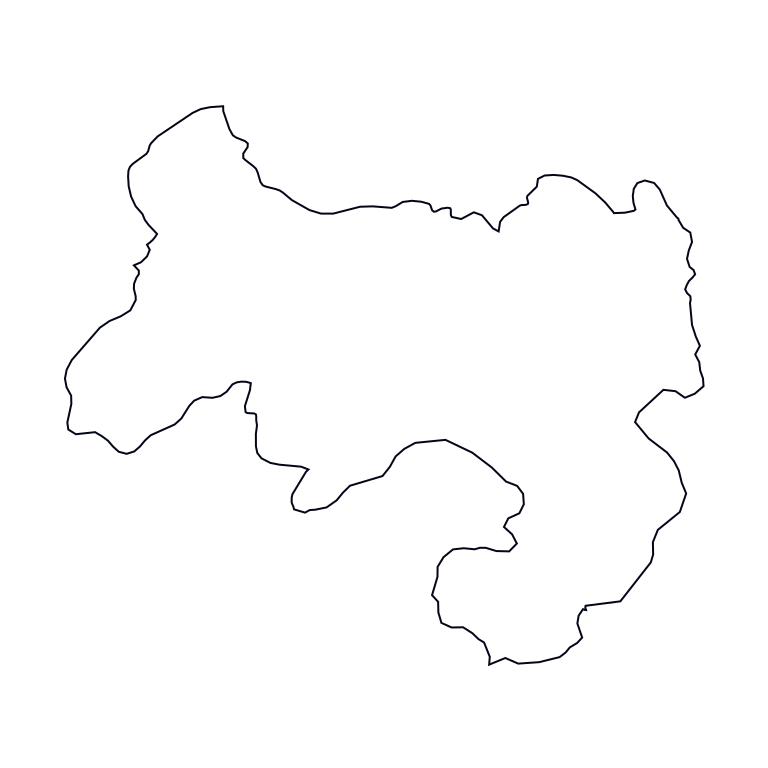 Champasak, Natural Earth projection, rotated 86°
{"feature_id": "LAO-3280", "entity_name": "Champasak", "entity_type": "Province", "adm_level": 1, "iso_a3": "LAO", "parent_name": "Laos", "parent_adm1": "", "projection": "natural_earth1", "projection_center": [105.911, 14.688], "detail": "fine", "context": "isolated", "style": "outline", "palette": "ink", "viewbox_px": 768, "rotation_deg": 86, "n_neighbors": 0, "source": "natural_earth", "source_scale": "10m", "svg_char_len": 3474}
<svg xmlns="http://www.w3.org/2000/svg" viewBox="0 0 768 768"><g transform="rotate(86 384 384)"><path d="M213.9,122.7L206.7,121.2L201.2,117.2L199.2,109.6L202.3,100.5L209.3,95.3L225.7,89.3L238.2,80.3L239.6,78.8L240.8,78.8L249.0,74.7L254.3,67.9L263.8,66.8L272.2,70.7L280.4,73.0L288.6,70.9L292.0,67.2L296.3,66.0L299.4,68.9L302.5,72.6L306.5,75.1L310.6,77.0L314.5,75.3L317.8,72.3L321.4,72.2L324.5,73.1L346.6,72.6L358.6,69.6L367.9,66.2L376.3,71.5L384.2,68.0L392.8,67.6L400.7,65.4L408.5,65.4L415.4,74.7L418.7,84.8L411.5,93.7L409.3,105.7L430.1,131.6L439.5,136.2L456.8,123.8L472.1,106.4L481.2,100.1L490.8,96.0L503.2,93.9L514.3,90.2L532.3,97.8L548.6,121.0L560.5,126.8L572.9,127.4L580.6,130.3L617.3,163.4L619.3,198.4L621.3,198.8L623.6,198.2L623.3,199.8L622.5,201.2L628.7,206.0L636.4,207.8L650.8,204.0L655.9,209.5L659.7,217.0L664.5,221.5L668.7,227.9L672.3,248.6L672.3,269.6L665.8,282.1L671.3,298.7L663.5,297.5L648.9,302.2L645.1,307.5L638.8,313.2L632.2,322.1L631.6,333.6L626.3,343.4L615.7,345.7L605.1,345.2L598.0,350.8L580.1,344.1L570.2,343.3L560.9,336.7L553.8,326.7L553.4,316.0L555.2,305.0L554.1,299.9L554.5,294.0L558.5,283.5L559.7,270.8L552.4,262.6L542.9,266.7L535.0,274.3L526.7,269.4L522.4,258.0L513.7,252.9L503.3,252.9L494.9,258.3L489.9,269.0L474.8,282.3L458.6,300.8L444.0,326.6L444.9,356.9L450.1,368.2L457.1,377.5L467.0,383.9L475.7,391.9L483.1,425.0L489.5,432.5L496.8,439.4L503.1,449.9L504.6,461.4L504.6,466.9L506.8,471.8L502.8,482.4L502.7,482.5L500.4,482.9L495.7,484.4L490.9,484.0L487.5,483.0L466.1,467.9L464.0,465.4L460.7,472.4L457.2,493.9L454.8,502.8L449.6,511.4L444.0,515.2L437.3,516.1L424.9,515.3L416.5,513.6L411.0,514.0L407.2,513.7L405.4,513.9L404.3,515.6L403.5,522.1L402.5,524.0L396.4,524.3L380.9,518.2L373.8,516.8L372.2,521.3L371.7,526.1L372.1,530.8L373.8,535.2L380.7,541.5L384.6,548.1L385.8,556.0L384.4,566.3L387.4,574.6L392.3,579.8L404.3,588.6L409.8,595.7L418.8,620.2L423.6,626.3L429.3,631.8L433.9,637.9L435.7,645.6L433.1,653.3L427.6,658.6L421.2,663.4L416.2,669.3L411.9,675.6L412.6,694.9L407.4,702.1L400.4,702.6L382.1,697.3L373.8,696.9L365.1,700.9L356.4,701.9L347.7,699.6L346.2,698.7L338.3,693.8L308.0,663.5L302.0,653.4L298.1,641.9L292.8,631.9L282.9,625.8L279.1,625.6L271.6,626.9L266.5,626.3L260.8,623.6L257.3,620.9L253.7,620.7L248.2,625.2L245.6,617.9L240.2,611.5L233.8,608.3L228.5,610.7L226.4,607.5L224.1,604.6L221.4,602.1L218.5,599.9L208.7,607.9L203.5,611.2L197.6,613.1L189.3,619.4L179.4,623.2L169.0,624.9L159.0,624.8L153.2,624.0L149.7,622.3L146.8,619.2L137.8,604.9L135.2,603.0L130.1,601.2L127.7,599.7L121.2,592.5L100.3,556.2L97.0,547.7L95.7,538.1L95.7,525.1L100.6,525.3L119.0,520.4L125.4,517.4L127.9,514.2L132.1,505.5L134.6,503.1L138.1,503.5L144.3,508.3L148.8,508.6L150.8,506.8L157.5,499.3L160.3,496.7L164.4,495.2L173.7,493.2L177.3,491.1L178.8,488.2L181.9,478.7L183.6,474.7L185.9,471.6L194.1,463.1L205.3,446.2L209.6,435.0L210.5,422.9L205.5,395.5L206.0,382.9L208.8,364.0L207.5,360.0L203.7,352.6L203.2,343.3L204.8,334.0L207.5,326.4L209.2,325.2L214.0,323.9L215.6,322.3L215.5,320.2L213.0,314.4L212.6,308.1L213.3,305.7L214.7,305.2L220.2,305.5L222.1,304.7L224.8,295.5L219.0,282.4L222.5,274.5L236.4,264.4L239.8,259.0L230.4,256.9L225.9,253.0L215.6,236.2L215.1,234.5L215.2,229.9L214.4,227.9L212.9,227.5L208.3,228.4L206.4,227.9L197.8,217.8L190.1,216.1L187.2,209.2L187.3,200.0L188.7,191.1L191.0,182.8L194.1,177.0L208.5,159.8L218.2,150.8L228.3,143.4L229.6,142.7L229.9,131.6L228.7,122.8L227.5,121.0L220.6,122.5L213.9,122.7Z" fill="none" stroke="#020617" stroke-width="2"/></g></svg>